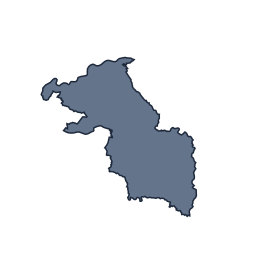 outline of Huong Thuy, Thừa Thiên - Huế, Vietnam, rotated 296°
{"feature_id": "81297802B27432396017289", "entity_name": "Huong Thuy", "entity_type": "district", "adm_level": 2, "iso_a3": "VNM", "parent_name": "Vietnam", "parent_adm1": "Thừa Thiên - Huế", "projection": "robinson", "projection_center": [107.606, 16.324], "detail": "fine", "context": "isolated", "style": "filled", "palette": "slate", "viewbox_px": 256, "rotation_deg": 296, "n_neighbors": 0, "source": "geoboundaries", "source_scale": "gbopen_adm2", "svg_char_len": 5841}
<svg xmlns="http://www.w3.org/2000/svg" viewBox="0 0 256 256"><g transform="rotate(296 128 128)"><path d="M76.1,222.0L77.5,221.3L79.0,220.1L80.3,219.5L82.1,219.4L84.5,220.6L85.9,220.9L86.1,220.7L86.7,219.4L89.0,219.2L90.8,218.3L92.2,218.6L93.0,218.5L95.1,219.3L97.2,219.1L102.4,216.3L102.5,215.4L102.4,213.4L102.8,212.0L104.0,212.2L105.2,212.8L106.0,210.5L106.5,209.8L107.2,209.2L108.7,208.9L109.9,209.2L110.8,209.6L111.8,209.7L113.9,208.7L116.6,206.5L118.2,206.6L118.9,206.4L120.4,206.8L121.1,206.8L122.5,204.7L125.7,203.9L126.6,204.1L126.8,203.0L127.5,201.8L129.4,200.1L130.3,197.5L131.4,197.3L132.8,196.7L133.7,196.9L134.3,197.6L136.1,197.1L139.1,197.2L139.6,196.2L139.2,195.1L139.8,193.8L140.0,193.7L141.2,194.1L141.4,193.4L142.1,192.8L142.1,192.2L142.9,192.1L143.9,191.4L144.3,191.3L144.9,191.7L145.9,191.7L146.1,190.8L147.4,189.0L147.7,188.1L147.7,187.6L147.0,186.8L147.1,185.0L148.5,183.6L148.9,182.9L149.4,181.2L149.1,180.7L147.3,180.3L145.8,179.5L145.1,178.9L145.1,178.3L145.5,175.2L145.6,174.8L146.5,174.4L147.8,174.7L149.3,174.7L149.8,174.3L150.0,173.2L149.4,172.2L147.9,170.3L147.8,169.8L148.1,168.4L147.8,167.8L146.4,167.1L143.7,167.2L142.9,166.4L142.6,165.1L142.0,164.6L142.2,164.1L141.9,163.4L142.1,162.3L141.8,161.5L141.3,161.4L141.1,160.6L140.3,159.9L140.2,159.7L140.6,159.4L140.6,158.8L139.8,158.5L138.6,156.7L139.1,155.2L138.7,154.6L139.2,153.7L139.4,152.5L140.1,152.0L141.5,152.2L142.3,152.7L142.7,153.5L143.5,153.1L144.8,152.8L146.5,153.2L147.7,152.1L148.9,151.8L150.3,151.9L151.7,151.3L153.0,150.5L154.0,150.2L153.5,148.8L153.7,147.9L154.2,147.1L155.9,145.4L155.9,144.9L155.3,143.4L155.5,142.9L157.9,140.0L158.3,139.2L158.3,137.9L158.8,136.7L159.2,136.2L159.8,136.0L159.4,135.2L159.6,133.6L160.7,132.4L160.2,131.8L160.6,130.2L161.2,128.8L161.5,128.5L161.7,127.8L163.3,124.6L164.4,123.3L164.8,121.5L164.7,120.2L164.4,119.8L164.6,119.1L165.2,118.3L165.8,116.0L166.5,114.6L166.8,114.1L167.8,113.6L168.9,112.6L170.4,111.6L171.0,110.7L171.2,110.2L172.8,109.5L174.9,105.6L177.5,101.6L178.9,102.3L180.6,100.4L181.3,101.5L182.4,99.4L182.2,97.3L182.7,95.4L183.9,96.1L183.5,98.2L184.2,98.9L185.5,98.2L186.3,99.7L187.6,101.5L188.4,101.4L188.7,101.9L189.3,102.3L189.9,102.2L190.9,103.2L192.2,103.5L191.9,102.3L192.0,99.9L190.7,96.8L190.2,94.7L189.7,93.8L186.7,89.9L185.7,89.2L183.3,88.4L182.3,87.8L181.3,85.9L180.5,81.6L179.7,79.8L178.4,78.6L177.4,77.9L173.1,76.0L171.5,74.7L170.4,73.1L170.1,72.1L170.1,68.9L169.6,68.1L168.2,66.8L167.0,66.2L166.1,65.9L163.6,65.6L160.4,66.9L159.3,67.6L157.8,68.0L157.2,67.7L156.4,67.0L153.6,63.1L151.6,61.1L150.9,61.0L148.9,61.4L147.4,61.2L146.6,60.3L145.9,59.3L145.3,57.6L144.7,56.5L143.8,56.2L141.6,56.1L141.1,55.8L140.9,55.2L141.3,53.7L141.2,53.0L140.7,51.2L140.1,50.2L138.0,48.8L136.3,48.1L135.9,47.6L135.5,45.8L135.8,44.6L136.7,43.7L139.9,43.3L140.3,43.1L140.8,42.0L140.8,41.5L140.5,40.6L140.0,40.1L138.9,39.4L134.9,38.2L130.5,35.1L126.5,34.0L123.9,35.2L121.1,35.2L120.0,35.4L119.3,36.5L119.3,37.6L118.2,37.9L117.6,38.8L116.8,39.3L116.6,39.7L117.0,40.7L117.0,42.2L118.6,43.8L119.4,43.7L121.5,43.9L123.1,44.6L124.4,44.3L127.0,44.8L128.3,44.5L128.3,47.6L130.7,51.4L128.4,51.9L127.4,51.8L126.8,51.7L126.8,51.1L124.8,50.8L125.4,55.1L124.9,55.1L125.0,55.4L124.5,55.6L124.5,55.9L123.9,56.0L124.0,57.1L123.3,58.2L121.9,57.3L121.2,57.2L120.7,58.6L119.7,59.5L120.2,60.3L120.2,61.5L120.6,62.6L120.6,63.6L121.0,65.0L120.9,65.5L119.6,67.2L119.5,68.3L120.0,70.4L119.1,72.1L119.5,72.7L120.1,72.9L120.3,73.1L120.4,74.2L120.2,74.7L120.2,75.8L120.9,78.1L121.1,78.2L121.0,79.6L121.3,79.7L122.0,80.9L122.4,81.0L123.0,81.7L122.9,81.9L122.5,81.8L120.3,86.1L119.3,85.8L118.9,84.0L118.1,82.4L109.7,80.7L109.2,79.6L109.3,78.7L108.7,75.8L108.1,75.5L107.0,74.0L105.6,73.5L105.2,71.3L104.9,71.6L104.0,71.7L103.1,72.8L100.9,73.9L100.9,72.0L97.4,71.2L97.3,74.3L97.4,75.6L97.8,77.2L98.4,78.8L99.6,81.1L101.9,83.9L102.9,85.6L103.3,88.6L103.5,91.4L104.0,93.0L105.6,94.8L108.6,96.9L109.9,98.2L110.5,98.4L111.0,98.2L112.8,97.3L113.3,97.3L116.1,99.8L118.0,102.2L118.1,103.1L118.1,104.5L117.9,105.3L118.0,106.6L118.6,110.3L119.1,111.2L118.7,112.0L118.1,112.1L117.8,113.0L118.0,113.4L118.7,113.2L118.6,113.7L119.0,114.2L118.9,114.5L118.2,115.0L118.1,114.3L117.4,113.9L117.0,114.6L116.6,114.3L116.2,115.2L115.5,114.9L115.4,115.3L114.4,115.9L113.8,117.0L113.4,116.6L112.8,118.1L112.5,118.1L111.5,115.2L105.9,116.5L103.2,116.4L100.0,115.8L99.9,116.8L97.8,119.5L94.4,120.4L94.2,121.1L95.0,122.4L95.1,123.9L94.9,125.2L93.2,125.3L92.0,127.1L90.6,128.5L89.7,128.1L88.5,129.1L88.0,129.2L87.4,128.7L86.4,129.5L85.9,129.6L85.2,129.5L83.3,128.3L82.8,129.0L82.1,129.8L80.9,130.1L80.7,130.7L81.4,131.8L82.2,133.9L82.1,134.7L82.4,135.8L82.0,137.1L82.0,137.7L82.8,138.4L82.6,139.8L82.0,140.6L81.8,141.6L82.2,142.3L82.4,143.2L81.9,144.8L82.6,146.2L82.6,146.5L79.5,149.3L78.7,150.9L78.2,151.1L78.0,151.9L75.9,152.7L74.6,152.6L74.7,153.3L74.3,154.1L72.9,154.6L71.3,156.0L69.4,156.9L69.2,158.1L66.7,158.4L65.5,158.2L64.4,159.3L63.8,160.2L63.9,161.0L64.2,161.4L65.0,161.4L66.3,160.7L66.8,160.8L67.0,163.2L66.6,164.4L66.7,165.7L67.3,166.3L69.4,166.6L69.9,167.2L70.0,167.7L69.7,169.2L69.1,169.9L67.6,170.7L67.5,171.0L67.8,171.7L68.2,172.2L69.0,172.4L70.0,171.7L71.0,170.4L71.7,170.3L72.3,170.6L72.8,172.2L73.9,173.2L73.9,173.6L73.6,174.9L73.7,175.8L74.1,176.6L75.2,177.8L75.6,179.9L76.5,181.5L77.0,183.8L78.2,185.0L79.0,186.3L78.6,188.0L79.8,189.3L80.3,191.2L80.2,191.7L79.6,192.6L80.0,193.7L80.0,194.1L79.5,195.1L79.5,196.6L79.9,198.1L79.9,198.6L79.2,198.9L77.8,198.8L76.9,199.8L75.4,199.5L75.1,199.9L75.3,200.4L77.0,201.1L76.9,202.3L78.0,203.1L78.2,203.8L77.1,205.7L76.9,207.1L75.9,207.0L75.4,207.4L75.7,208.4L75.5,209.1L75.6,209.5L76.4,210.5L76.6,211.4L75.7,211.9L75.6,213.0L73.8,214.2L74.7,215.7L74.5,217.3L75.3,217.4L75.3,217.7L75.3,219.4L74.7,219.5L74.6,220.0L76.0,220.4L76.1,222.0Z" fill="#64748b" stroke="#1e293b" stroke-width="1.5"/></g></svg>